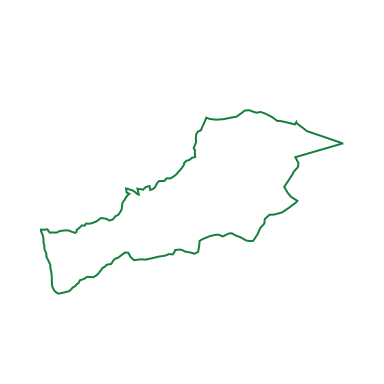 outline of Monagroulli, Limassol, Cyprus, rotated 77°
{"feature_id": "46923920B37964983611309", "entity_name": "Monagroulli", "entity_type": "district", "adm_level": 2, "iso_a3": "CYP", "parent_name": "Cyprus", "parent_adm1": "Limassol", "projection": "albers", "projection_center": [33.218, 34.746], "detail": "fine", "context": "isolated", "style": "outline", "palette": "green", "viewbox_px": 384, "rotation_deg": 77, "n_neighbors": 0, "source": "geoboundaries", "source_scale": "gbopen_adm2", "svg_char_len": 2734}
<svg xmlns="http://www.w3.org/2000/svg" viewBox="0 0 384 384"><g transform="rotate(77 192 192)"><path d="M178.2,34.7L158.6,66.2L148.3,74.7L147.4,74.7L149.3,76.5L147.3,80.4L144.8,85.4L143.0,89.3L142.3,91.2L142.0,92.9L137.1,97.0L132.0,103.1L129.4,107.3L129.3,111.2L127.4,114.5L125.2,117.8L124.5,122.3L126.5,126.5L128.6,131.6L128.3,138.1L128.1,145.2L126.9,152.5L124.8,158.3L122.8,161.3L128.0,165.0L131.7,168.0L133.9,169.4L134.4,172.5L136.7,174.9L140.6,176.2L144.1,176.7L149.7,180.5L151.9,179.7L155.0,180.5L158.6,181.0L158.7,184.5L160.1,186.9L160.4,190.5L162.0,193.1L163.9,193.9L166.4,196.6L168.8,199.9L169.4,201.0L171.0,202.7L172.8,206.5L174.0,210.1L173.4,211.6L173.0,213.9L175.0,216.2L174.6,218.2L174.0,221.8L175.6,224.1L179.1,227.0L180.1,228.9L180.4,230.0L180.6,232.3L176.7,232.0L176.7,235.8L178.7,239.2L176.5,244.4L182.5,244.4L181.8,245.7L179.0,247.7L176.8,249.9L173.7,255.5L177.9,255.8L179.6,253.5L181.5,256.6L184.8,259.8L187.2,262.4L190.3,263.4L192.7,264.2L194.9,266.0L197.7,269.0L198.5,272.3L201.0,275.4L201.2,278.9L199.3,280.9L198.1,283.1L196.9,286.6L199.2,291.9L199.4,293.7L199.8,295.8L199.9,298.6L199.6,300.0L198.9,302.3L200.6,304.1L199.8,306.8L201.4,309.4L202.4,311.5L203.2,313.0L204.9,313.5L205.6,315.2L204.7,316.5L202.8,319.4L201.7,321.0L201.1,323.2L200.7,325.3L200.5,327.8L200.4,330.4L201.1,332.5L200.8,334.4L199.9,337.5L199.7,339.6L197.7,340.7L196.7,340.8L195.7,341.6L195.7,342.6L195.5,344.1L195.5,345.0L194.6,347.5L195.7,348.0L200.2,347.2L203.9,347.2L208.1,348.1L210.2,347.9L214.7,348.6L219.0,347.8L222.4,348.4L225.6,347.6L231.4,346.4L233.8,347.1L239.1,347.1L243.0,347.7L245.8,348.3L249.7,349.1L252.9,349.4L257.0,348.4L259.2,346.9L260.6,345.6L260.8,345.4L261.1,343.7L261.1,341.5L261.2,338.9L260.9,336.5L261.2,334.7L260.0,332.1L258.1,329.5L257.7,327.6L256.1,325.2L255.1,323.0L252.8,321.1L252.4,316.8L251.1,313.4L252.8,307.3L251.7,303.8L250.3,301.4L245.9,296.2L245.0,293.3L243.7,291.5L243.8,289.7L243.9,286.8L241.3,284.4L239.8,282.1L239.4,278.7L237.6,274.8L235.9,271.0L236.9,267.7L241.7,266.4L245.4,263.8L246.1,256.9L247.4,252.8L247.5,250.3L247.5,245.7L247.5,242.2L247.5,238.6L248.0,232.7L247.3,228.4L248.5,224.9L246.6,222.7L244.7,221.4L245.5,216.1L246.9,213.9L248.3,212.5L251.4,205.5L252.7,203.9L251.8,199.6L249.1,198.4L245.5,196.9L241.4,195.6L240.3,192.4L239.0,184.5L239.0,178.7L239.6,175.7L242.2,172.0L240.7,165.3L241.2,162.5L242.8,160.8L244.6,158.7L246.2,156.1L247.4,154.5L251.6,149.9L253.0,146.1L253.4,143.5L250.7,140.5L247.4,137.2L242.5,133.7L239.0,128.6L234.8,127.2L231.6,121.6L232.5,116.8L232.1,108.6L228.9,100.5L225.6,93.0L224.3,91.3L224.1,91.5L219.2,96.4L214.7,98.8L207.8,101.0L197.4,90.1L195.5,88.8L191.5,83.1L187.8,81.8L181.3,83.5L178.6,34.6L178.2,34.7Z" fill="none" stroke="#15803d" stroke-width="2"/></g></svg>